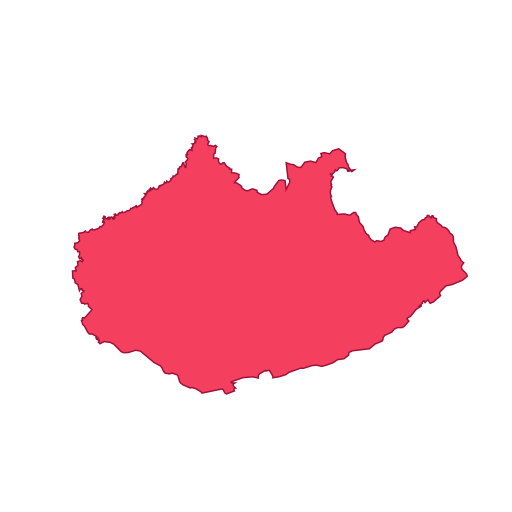 Portlaw-Kilmacthomas Lea-5, Waterford, Ireland (orthographic projection), rotated 154°
{"feature_id": "5873133B10835743668931", "entity_name": "Portlaw-Kilmacthomas Lea-5", "entity_type": "district", "adm_level": 2, "iso_a3": "IRL", "parent_name": "Ireland", "parent_adm1": "Waterford", "projection": "orthographic", "projection_center": [-7.459, 52.233], "detail": "fine", "context": "isolated", "style": "filled", "palette": "rose", "viewbox_px": 512, "rotation_deg": 154, "n_neighbors": 0, "source": "geoboundaries", "source_scale": "gbopen_adm2", "svg_char_len": 6130}
<svg xmlns="http://www.w3.org/2000/svg" viewBox="0 0 512 512"><g transform="rotate(154 256 256)"><path d="M334.6,144.2L334.7,145.3L333.3,146.7L332.3,146.3L333.3,148.7L333.0,150.1L332.4,150.9L330.5,151.1L333.7,152.8L333.5,153.8L321.1,152.4L312.1,148.9L307.4,145.3L306.6,147.2L304.8,148.5L297.7,149.1L297.7,148.4L294.1,147.4L293.6,142.1L293.7,139.6L294.2,139.2L288.4,137.4L281.2,136.3L277.3,137.0L265.4,135.7L262.7,134.3L254.0,133.0L249.6,131.5L245.3,128.0L241.4,127.2L233.6,126.3L228.0,127.1L222.0,125.1L216.3,126.2L214.8,128.6L210.8,128.5L194.7,122.9L187.6,124.7L179.9,124.3L178.7,125.0L177.4,127.1L175.0,128.2L167.2,128.1L163.6,129.7L160.2,129.6L156.1,127.6L153.8,127.7L147.1,130.5L147.9,133.2L146.9,134.0L143.6,134.0L135.5,137.8L129.4,138.6L129.3,139.3L130.5,139.6L127.0,140.6L126.9,141.3L125.2,142.2L124.6,142.1L124.5,140.0L120.8,141.4L120.2,137.1L116.4,137.0L107.5,139.5L107.5,141.5L106.6,143.0L98.4,145.9L92.2,144.4L81.0,143.7L75.2,145.1L74.7,145.9L74.8,148.2L76.7,153.8L76.2,156.1L75.4,157.2L72.3,158.8L73.9,162.3L73.5,163.3L74.2,168.0L72.3,176.3L72.4,181.9L70.3,186.6L70.3,189.3L71.6,191.2L71.6,193.7L72.5,197.0L73.7,198.8L75.8,200.2L76.1,202.3L78.2,206.1L78.6,208.0L77.5,210.6L79.9,212.8L79.2,214.1L79.5,214.8L80.2,215.0L82.0,213.6L82.1,214.6L83.1,215.5L82.8,216.6L84.3,217.4L85.4,216.0L87.3,216.0L88.4,214.9L90.8,215.6L95.0,214.5L99.0,211.6L100.6,212.7L101.0,210.0L106.2,211.1L107.2,209.4L112.4,214.5L113.5,217.6L118.2,220.8L123.7,221.4L128.1,217.1L131.7,216.4L134.2,214.1L137.2,214.3L140.9,216.9L143.0,216.5L145.4,220.1L146.1,224.2L145.6,224.9L147.6,228.6L147.2,229.1L147.5,232.1L146.8,235.6L148.3,240.8L146.8,246.5L147.7,250.1L147.3,251.3L149.0,252.3L154.2,251.6L157.8,254.9L164.8,257.8L164.2,258.8L164.9,263.4L163.7,274.6L163.0,276.1L162.1,276.3L161.8,279.7L160.0,282.6L157.5,284.9L157.7,286.6L156.8,287.0L156.4,289.9L151.9,293.0L152.1,294.1L153.2,294.7L152.4,295.6L153.3,297.0L152.9,297.2L151.8,296.0L148.5,297.2L146.9,298.6L146.5,297.3L145.6,297.2L142.5,298.7L139.4,297.5L136.0,294.6L136.4,292.3L135.0,292.7L135.4,291.6L133.2,291.0L132.9,289.8L129.9,290.4L133.2,291.5L133.8,295.6L133.2,298.2L133.7,299.9L132.5,305.8L130.8,308.7L134.6,316.1L141.1,317.1L145.0,315.5L149.4,319.0L152.8,319.7L152.9,318.1L153.7,316.4L157.0,316.6L161.2,313.7L165.4,317.4L171.1,318.9L176.1,316.2L177.9,316.4L180.1,318.0L182.2,321.7L184.6,323.1L188.0,326.6L193.3,311.6L192.2,310.2L193.3,307.5L199.8,302.6L196.8,311.1L199.9,313.2L202.3,313.9L209.2,310.4L210.5,309.1L219.2,306.8L223.9,308.6L227.1,312.8L226.3,314.5L228.9,317.2L230.1,318.0L234.8,318.2L237.0,319.8L239.0,323.3L238.4,324.6L239.0,326.3L241.4,330.2L243.2,331.4L236.8,334.0L236.9,334.7L235.5,336.7L237.8,339.3L241.5,341.6L239.8,344.7L241.8,345.8L241.2,346.5L243.1,349.6L243.7,353.9L245.3,354.3L246.6,353.6L247.9,354.6L248.3,356.0L248.1,358.0L247.0,359.6L248.4,361.3L251.1,362.5L249.4,366.2L247.7,366.3L245.0,370.6L243.2,371.6L244.1,373.3L246.4,373.3L248.3,375.2L250.4,376.1L250.4,377.8L248.0,379.3L249.0,381.5L248.3,381.9L248.0,383.9L248.3,385.6L249.4,385.6L252.4,388.4L253.0,387.2L254.2,388.7L255.6,389.1L255.8,388.2L257.5,387.1L259.0,388.7L259.1,387.5L260.2,387.6L259.9,385.1L261.0,384.5L261.1,385.1L262.3,384.0L264.2,384.7L263.9,384.0L264.8,382.1L266.3,381.7L265.9,381.0L267.1,380.6L267.2,379.2L268.1,380.3L269.1,379.9L269.3,380.7L272.2,379.5L272.9,378.9L272.9,377.4L274.2,377.8L274.2,376.8L274.9,376.8L275.3,375.6L274.5,373.9L275.6,372.4L278.3,371.5L278.3,369.7L280.2,366.4L279.9,366.0L280.6,366.6L280.8,368.6L280.2,371.5L280.9,371.8L284.2,369.1L285.7,369.5L286.8,368.0L287.7,368.6L290.5,364.0L291.9,364.4L293.2,363.4L295.6,364.2L296.1,363.1L298.8,362.7L298.9,361.7L301.3,360.7L302.4,360.7L303.4,362.5L304.3,361.1L305.3,361.1L305.8,362.6L307.6,360.9L311.6,361.4L311.5,360.8L312.5,361.2L314.5,359.4L316.0,359.4L317.8,360.8L318.1,362.4L319.5,361.7L319.8,362.8L319.8,361.6L320.3,361.5L321.0,363.2L321.5,362.6L321.6,363.5L322.1,361.1L322.9,361.2L323.2,362.1L323.9,361.1L324.8,362.0L326.1,361.3L325.9,360.7L326.8,360.0L328.7,360.9L328.2,359.6L328.8,359.4L328.6,358.7L331.5,357.7L331.7,356.8L333.0,357.4L333.9,356.9L333.5,356.0L334.7,355.2L335.1,353.5L336.2,352.5L341.8,352.1L341.4,353.2L341.6,353.8L344.7,352.9L345.0,353.6L346.9,353.1L347.6,353.7L349.4,352.4L352.3,353.1L354.8,352.7L357.1,353.8L356.9,354.4L358.9,354.1L359.4,354.7L361.4,354.3L362.0,353.4L363.8,354.0L363.8,355.3L365.2,355.5L365.4,353.8L366.6,353.5L366.0,352.2L367.7,351.5L368.4,352.2L367.7,353.4L368.4,353.4L368.6,354.3L369.7,354.5L370.9,353.5L370.8,354.4L371.6,354.1L371.4,354.8L372.0,354.5L372.0,355.2L373.0,354.5L372.9,355.3L374.5,355.0L375.0,356.0L374.6,356.9L375.4,356.9L374.5,357.7L375.2,358.5L376.3,357.6L376.3,357.0L377.2,356.9L376.7,355.5L378.6,354.3L378.5,353.5L377.5,353.7L378.3,353.4L377.5,353.2L377.8,352.3L379.9,350.8L382.5,350.1L383.2,350.9L385.0,349.8L390.2,350.4L391.2,351.1L391.3,352.0L393.4,352.1L396.1,350.7L398.2,352.0L398.5,353.4L400.6,352.7L405.2,354.1L406.3,352.6L406.7,350.3L407.5,349.9L407.9,346.9L410.4,346.1L413.4,346.9L414.0,345.3L415.6,343.8L415.6,341.5L413.9,340.0L414.4,338.1L412.7,337.1L414.3,334.1L415.7,333.2L415.8,331.0L413.8,331.2L414.4,329.7L413.6,329.6L413.1,327.9L414.8,327.0L415.5,328.7L418.9,329.2L419.9,325.8L423.4,324.8L424.1,321.5L427.5,323.0L430.3,316.4L429.2,314.9L430.3,311.1L428.6,308.5L429.9,302.2L428.1,303.5L427.2,303.2L427.4,302.4L426.8,302.3L427.2,301.6L425.9,299.9L429.6,298.9L430.0,296.2L433.2,293.9L433.4,290.0L431.2,288.8L431.1,287.9L428.1,287.2L428.2,284.8L428.7,284.1L426.9,279.7L437.0,275.5L438.9,276.6L440.0,275.5L439.8,274.3L441.2,274.4L441.7,270.3L440.9,268.1L440.7,261.8L440.1,259.0L437.3,257.6L434.6,253.5L435.7,252.8L435.7,251.3L434.0,251.7L434.1,251.1L435.3,250.6L434.7,249.6L433.7,249.2L434.1,248.1L435.4,247.6L434.6,245.5L430.1,245.7L424.8,242.2L422.4,239.0L419.1,229.1L417.2,227.0L413.0,225.2L405.3,224.0L401.5,221.1L394.4,205.1L390.1,199.2L389.5,196.6L389.7,193.3L389.2,190.8L385.9,188.2L382.5,187.3L378.9,183.7L378.7,182.3L379.7,176.6L379.5,175.0L378.0,172.1L372.9,166.2L371.4,165.9L368.4,163.3L365.0,158.2L364.7,156.5L345.2,151.5L344.0,150.3L344.1,146.8L343.1,145.0L334.6,144.2Z" fill="#f43f5e" stroke="#9f1239" stroke-width="1.5"/></g></svg>